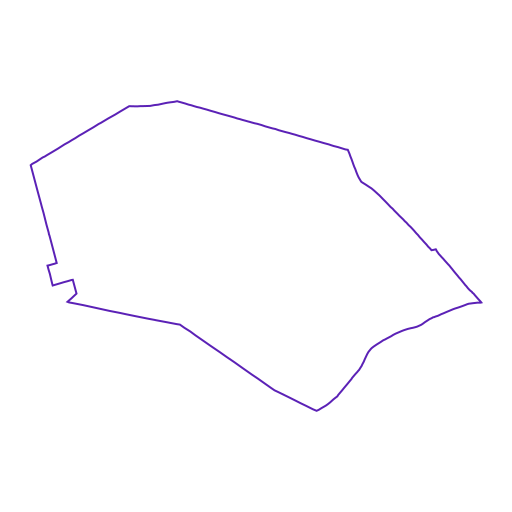 Al-Rutba, Al-Anbar, Iraq
{"feature_id": "34846034B71122492404189", "entity_name": "Al-Rutba", "entity_type": "district", "adm_level": 2, "iso_a3": "IRQ", "parent_name": "Iraq", "parent_adm1": "Al-Anbar", "projection": "natural_earth1", "projection_center": [41.592, 32.564], "detail": "fine", "context": "isolated", "style": "outline", "palette": "violet", "viewbox_px": 512, "rotation_deg": 0, "n_neighbors": 0, "source": "geoboundaries", "source_scale": "gbopen_adm2", "svg_char_len": 4091}
<svg xmlns="http://www.w3.org/2000/svg" viewBox="0 0 512 512"><path d="M435.8,249.3L433.4,249.9L431.5,250.2L429.9,248.3L428.2,246.7L426.6,244.7L424.0,241.9L421.9,239.5L419.8,237.3L417.9,234.9L416.5,233.5L415.1,231.9L414.2,230.8L412.2,228.6L410.6,226.9L408.6,225.1L406.4,222.6L404.9,221.3L403.2,219.4L401.1,217.4L399.2,215.6L397.8,214.1L396.0,212.3L394.2,210.5L393.0,209.1L392.4,208.5L390.5,206.9L387.9,204.1L385.3,201.4L383.1,199.2L380.3,196.3L379.0,195.0L378.4,194.5L376.2,192.5L374.0,190.5L371.5,188.4L368.7,186.6L366.0,184.8L363.6,183.3L362.3,182.5L361.2,181.7L359.9,179.5L358.7,177.5L357.7,175.4L356.8,173.2L356.1,171.4L355.3,169.1L354.3,166.9L353.4,164.5L352.5,161.9L351.5,159.1L350.4,156.4L349.5,153.8L348.1,150.5L347.8,149.8L345.3,149.4L341.8,148.3L338.0,147.1L333.6,146.0L331.1,145.2L328.8,144.4L323.9,143.1L319.5,141.8L315.1,140.6L310.4,139.2L306.8,138.2L302.7,136.9L299.0,135.9L295.2,134.7L292.2,133.9L289.2,133.0L285.6,132.1L282.3,131.2L278.7,130.2L275.4,129.0L272.5,128.4L268.6,127.3L265.1,126.3L261.4,125.0L257.2,123.8L254.7,123.3L251.8,122.5L249.4,121.8L249.1,121.7L248.9,121.7L245.4,120.7L242.4,119.9L239.8,119.1L237.3,118.5L234.7,117.6L231.2,116.6L227.6,115.6L223.1,114.4L219.2,113.3L215.0,112.0L210.7,110.8L206.8,109.6L203.1,108.6L200.1,107.7L196.9,107.0L194.2,106.2L191.4,105.3L188.5,104.6L185.5,103.6L181.3,102.4L178.7,101.7L177.2,101.2L174.4,101.8L171.5,102.2L171.2,102.2L167.6,102.7L165.4,103.1L162.6,103.7L158.1,104.7L154.3,105.1L150.2,105.9L147.4,106.0L143.7,106.1L140.9,106.1L138.0,106.3L134.2,106.3L129.9,106.2L129.2,106.2L128.0,106.9L120.2,111.5L115.3,114.5L108.3,118.4L105.3,120.2L100.8,122.9L98.6,124.0L96.9,125.1L93.4,127.3L88.6,130.1L82.9,133.5L79.2,135.6L75.2,138.2L71.9,140.1L68.7,142.1L64.5,144.4L57.8,148.7L52.1,152.1L47.0,155.1L44.8,156.5L42.6,157.5L36.5,161.6L32.2,163.9L30.7,165.2L31.8,169.3L35.3,182.5L37.1,189.3L40.9,203.3L41.7,206.4L43.5,212.8L46.5,224.8L48.7,232.7L49.0,234.5L49.4,235.3L49.5,235.7L51.0,241.3L56.7,263.0L54.3,263.8L52.4,264.3L49.3,265.2L47.5,265.6L48.5,269.4L49.9,274.0L50.8,277.9L51.8,282.1L52.4,284.5L52.7,285.5L60.5,283.2L63.8,282.2L67.9,281.1L71.5,280.0L72.8,279.8L76.5,293.6L73.6,296.3L71.4,298.4L69.2,300.3L67.5,301.8L69.0,302.4L74.4,303.4L83.1,305.1L91.8,307.0L96.8,308.1L109.5,310.9L120.3,313.0L121.2,313.2L126.3,314.3L127.8,314.6L135.1,316.1L148.1,318.7L155.1,320.0L155.4,320.1L168.8,322.6L169.2,322.7L176.6,324.1L179.9,324.6L184.4,327.8L190.3,331.5L195.4,335.3L202.9,340.5L210.5,345.8L219.9,352.2L226.7,357.0L234.5,362.3L242.5,368.0L251.9,374.6L258.3,378.9L258.7,379.2L265.9,384.3L271.0,387.9L274.5,390.3L278.3,392.1L289.1,397.4L295.7,400.7L300.8,403.3L306.2,405.9L313.0,409.3L316.6,410.8L318.8,409.8L321.5,408.1L325.7,405.7L327.7,404.3L330.1,402.4L333.4,399.4L335.4,397.8L337.3,396.4L338.3,394.8L341.9,390.6L344.0,388.0L347.2,384.2L349.4,381.5L351.4,379.1L352.2,377.8L354.4,375.2L355.7,373.7L357.1,372.2L358.5,370.5L359.1,369.9L360.2,368.1L361.7,365.8L362.2,364.6L363.8,361.6L364.7,359.4L366.2,356.2L367.2,354.1L368.4,352.0L369.1,351.1L370.1,349.9L370.8,349.0L371.8,348.0L373.6,346.6L376.7,344.5L380.4,342.2L383.2,340.3L385.2,339.4L386.8,338.5L389.1,337.3L391.2,336.2L393.2,334.9L395.5,333.7L397.6,332.8L401.8,331.0L403.6,330.3L405.4,329.7L407.9,328.9L410.8,328.2L412.9,327.8L415.6,327.1L417.2,326.6L419.2,325.7L421.0,324.9L422.6,323.9L425.0,322.1L427.5,320.5L429.6,319.1L431.6,318.2L433.1,317.3L434.3,317.1L435.3,316.6L437.9,315.8L439.8,314.9L441.2,314.2L441.7,314.0L443.5,313.3L446.7,311.9L449.6,310.7L452.9,309.3L455.1,308.5L457.7,307.7L459.5,307.1L462.6,306.0L465.5,304.9L467.2,304.2L468.9,303.7L470.6,303.5L472.8,303.2L474.6,303.0L477.2,302.7L479.6,302.7L480.5,302.7L481.3,302.5L480.6,301.6L478.2,299.0L474.8,295.1L473.6,293.6L472.4,292.7L471.9,291.9L470.6,290.9L469.6,290.0L468.0,288.3L466.2,286.0L465.2,285.0L464.6,284.2L460.5,279.1L459.0,277.5L457.6,275.7L455.9,273.7L454.4,271.9L453.6,270.9L452.8,269.9L452.2,269.1L451.1,267.8L449.2,265.4L448.2,264.4L444.7,260.5L443.0,258.5L441.8,257.3L440.4,255.7L438.8,254.0L437.7,252.4L436.6,250.9L436.3,250.1L435.8,249.3Z" fill="none" stroke="#5b21b6" stroke-width="2"/></svg>